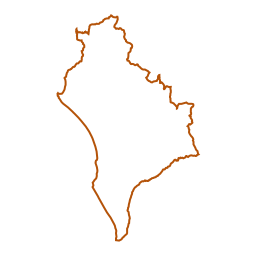 Viru, La Libertad, Peru
{"feature_id": "86281439B2009584770590", "entity_name": "Viru", "entity_type": "district", "adm_level": 2, "iso_a3": "PER", "parent_name": "Peru", "parent_adm1": "La Libertad", "projection": "equal_earth", "projection_center": [-78.588, -8.556], "detail": "fine", "context": "isolated", "style": "outline", "palette": "amber", "viewbox_px": 256, "rotation_deg": 0, "n_neighbors": 0, "source": "geoboundaries", "source_scale": "gbopen_adm2", "svg_char_len": 5687}
<svg xmlns="http://www.w3.org/2000/svg" viewBox="0 0 256 256"><path d="M117.2,16.0L117.0,16.8L116.5,17.2L115.6,17.4L113.8,17.2L113.1,17.0L111.7,15.7L111.1,15.4L110.5,16.5L109.1,17.1L108.7,18.4L106.9,18.4L105.0,18.9L104.7,19.3L103.4,20.1L102.9,21.4L101.7,22.2L100.1,22.6L99.3,23.6L99.0,23.8L97.9,23.9L96.4,23.7L95.5,24.3L94.8,24.4L94.3,24.2L93.5,24.4L92.1,24.3L90.3,25.0L89.4,26.5L89.4,27.8L88.9,29.7L88.8,31.9L88.5,32.7L88.6,33.6L88.5,34.0L88.0,33.6L87.8,33.0L87.4,32.3L86.7,32.2L86.2,32.7L85.8,32.5L85.4,31.8L85.2,32.0L84.7,32.0L84.3,32.7L82.8,33.2L82.4,32.9L82.2,32.5L81.6,32.8L79.8,32.1L79.3,32.4L78.4,32.4L77.1,31.0L76.6,29.9L76.5,29.0L76.4,29.1L76.2,29.6L76.3,30.5L76.1,31.5L76.6,33.3L77.1,34.1L77.1,35.1L76.9,35.7L77.1,37.1L77.1,38.9L77.2,39.4L78.2,40.0L79.3,40.2L80.0,40.5L81.6,40.4L81.7,41.4L81.9,41.9L83.0,43.0L83.1,43.3L83.0,43.9L83.3,44.0L84.2,45.2L84.3,47.1L83.5,47.9L83.1,48.6L83.1,49.6L82.9,50.4L81.7,51.1L82.3,53.4L83.1,54.7L83.1,55.0L82.8,56.1L82.1,56.6L81.9,57.1L81.7,58.5L81.8,59.3L81.4,61.3L80.9,61.5L80.1,61.3L79.3,62.0L78.4,63.3L76.7,63.5L76.3,64.1L75.9,64.4L75.1,65.8L74.9,66.3L74.1,66.9L73.5,66.8L72.9,67.1L71.2,69.0L70.8,69.0L70.2,69.6L69.1,69.8L68.4,70.2L68.0,70.5L67.6,71.9L67.2,72.4L66.7,73.3L66.6,74.3L66.3,74.9L66.1,76.7L65.4,77.1L64.5,78.0L65.3,79.8L65.6,81.8L65.6,84.9L65.0,86.8L64.7,88.6L64.5,89.6L63.0,92.4L61.9,93.7L59.9,93.9L58.5,93.7L58.2,93.4L57.9,93.5L57.8,93.3L57.5,93.7L57.6,94.3L57.7,95.8L57.9,96.1L58.1,96.0L58.5,96.4L58.8,97.2L58.8,98.0L59.4,98.6L61.6,102.1L63.2,103.7L68.1,107.5L72.7,111.8L73.4,112.6L74.1,113.2L78.4,117.6L81.5,121.2L85.8,126.5L89.2,131.7L91.6,136.4L92.6,138.6L95.4,146.7L96.6,151.5L97.3,158.2L97.1,159.3L96.9,159.9L96.0,160.6L95.7,161.5L95.7,162.5L95.5,162.9L96.9,167.2L97.4,170.3L97.3,172.0L96.7,173.7L96.8,176.0L96.3,178.1L95.9,178.7L94.5,180.1L93.5,181.7L92.7,182.6L93.4,185.3L93.2,186.0L92.7,186.6L92.6,187.2L98.0,196.4L98.6,197.7L104.2,207.7L107.0,212.5L110.6,217.6L114.1,224.1L114.9,225.8L115.4,228.2L116.0,229.6L116.3,230.9L116.0,233.2L116.5,236.9L116.0,238.2L116.0,239.2L116.0,240.2L119.1,240.6L121.2,239.5L122.0,238.7L122.6,237.6L123.4,237.2L124.4,236.0L126.8,233.9L127.1,233.0L127.1,228.6L128.0,226.8L128.6,223.7L129.1,223.2L129.3,220.0L129.8,218.4L129.5,216.6L129.0,215.1L128.6,212.1L128.4,211.7L127.7,211.0L127.5,210.2L128.0,209.0L128.1,207.6L128.6,206.9L128.9,204.3L129.5,202.1L130.0,199.6L131.0,197.0L131.2,195.9L132.1,193.7L132.1,192.3L133.0,191.1L133.6,189.5L134.9,187.5L136.1,186.7L136.8,185.9L139.2,184.5L139.5,183.4L140.0,182.8L141.6,181.5L142.8,181.2L143.2,181.4L144.5,180.9L144.9,180.4L145.1,180.4L145.6,181.0L146.9,180.7L147.4,181.0L147.8,181.0L148.3,180.9L148.8,180.2L149.5,180.2L149.8,179.9L150.3,179.2L151.3,178.9L152.0,178.2L153.7,177.9L154.2,177.4L155.7,177.2L156.4,176.3L157.7,176.0L157.9,175.5L158.3,175.3L158.5,175.0L160.3,173.6L160.4,173.4L162.3,171.0L162.6,170.3L163.1,169.5L163.4,169.4L164.2,169.5L164.8,169.3L165.9,167.9L167.4,167.8L167.9,166.7L169.6,166.2L170.1,165.6L170.8,163.7L172.9,162.1L174.5,159.9L175.3,159.7L176.0,160.0L176.3,160.7L177.9,160.6L178.1,160.4L178.1,159.5L178.6,158.1L179.7,158.4L179.9,158.2L180.1,157.8L180.5,157.6L181.2,158.0L182.3,157.7L183.3,158.3L185.3,157.4L185.9,156.2L186.3,156.0L186.6,156.0L187.3,156.7L188.1,157.0L189.5,155.8L190.3,155.6L191.1,155.3L193.3,155.8L194.7,155.6L195.5,156.0L196.2,155.9L196.5,155.8L196.9,155.1L198.5,154.4L198.3,154.2L198.0,153.5L197.6,151.7L197.4,151.0L196.4,150.1L195.8,149.1L195.3,147.7L193.5,144.4L193.5,141.8L192.9,140.4L193.3,139.7L193.2,138.9L192.8,138.0L191.9,136.8L191.0,135.9L189.5,133.6L189.0,132.2L189.3,129.5L188.8,128.9L188.6,127.5L188.3,126.7L187.6,126.2L188.3,125.6L188.9,124.3L189.4,124.1L190.3,124.5L192.3,122.9L192.4,122.3L191.9,121.6L192.1,120.2L191.6,119.3L190.7,118.0L190.6,117.3L190.8,116.7L190.7,116.2L190.4,115.9L189.7,116.0L189.4,115.7L189.5,115.5L190.6,114.9L191.1,114.1L191.1,112.8L190.8,112.3L190.9,108.3L191.4,107.9L192.0,107.0L192.8,106.7L193.1,106.3L193.4,105.5L193.3,104.4L192.9,104.0L191.6,103.8L188.5,103.8L187.5,103.4L186.4,102.5L181.4,103.9L179.0,103.9L178.5,104.5L177.6,106.0L177.1,108.4L176.9,108.5L176.9,107.1L176.6,106.2L176.0,106.0L175.4,105.1L174.6,104.5L173.7,103.4L171.9,102.6L170.9,102.4L170.5,101.9L170.6,101.0L170.4,99.4L170.5,98.6L170.0,97.3L170.0,96.3L170.4,95.0L170.3,94.0L170.8,92.3L170.8,90.5L170.4,88.6L170.7,86.9L169.0,87.0L168.5,86.9L167.0,86.2L166.3,86.3L164.5,89.0L164.4,89.1L164.0,89.1L163.8,88.4L164.2,87.3L164.1,86.1L164.0,85.3L163.2,84.0L162.6,83.4L162.1,82.7L161.4,82.3L160.7,83.0L160.1,82.9L160.2,82.5L160.0,82.1L160.1,81.5L160.0,80.6L159.9,79.9L159.4,78.6L159.6,77.6L159.4,76.4L159.4,75.0L159.0,75.1L158.6,75.8L158.1,76.2L158.0,78.0L158.1,78.9L157.2,79.9L156.8,80.9L153.5,81.5L152.1,82.4L151.0,82.2L149.7,81.2L148.7,80.9L147.4,79.7L146.2,77.7L147.4,76.6L147.9,75.7L148.3,74.3L149.5,72.5L148.5,71.9L148.1,71.2L144.9,69.5L143.1,69.5L142.2,69.2L140.7,68.0L139.7,66.9L138.4,66.0L138.0,65.4L137.9,64.7L137.5,64.4L136.9,64.4L136.0,65.0L135.1,65.2L133.4,64.1L132.0,63.9L131.3,64.1L130.9,64.0L130.2,63.2L129.9,62.4L129.5,61.9L129.0,61.0L128.5,60.7L127.5,60.6L127.0,59.3L127.1,59.1L127.8,58.6L128.1,58.0L128.4,56.1L128.4,54.0L128.5,53.0L129.8,52.0L130.4,51.3L130.7,50.1L130.7,49.5L130.9,49.0L130.8,48.3L131.4,47.8L131.7,47.9L131.9,47.7L132.2,46.3L132.0,45.0L131.5,44.4L130.1,43.3L128.7,42.8L127.5,42.6L126.8,41.9L126.0,41.3L126.0,40.2L125.0,39.2L124.2,37.4L124.1,36.5L124.5,35.6L124.9,33.7L124.3,32.7L124.0,30.9L123.7,30.2L121.9,29.7L120.8,28.4L120.3,28.2L119.7,28.2L119.4,28.7L118.7,29.0L117.6,28.5L117.0,28.5L116.3,28.8L115.9,28.7L115.6,28.0L114.5,27.3L114.3,26.7L114.7,25.2L116.5,22.8L117.7,19.4L117.6,17.7L117.2,16.0Z" fill="none" stroke="#b45309" stroke-width="2"/></svg>